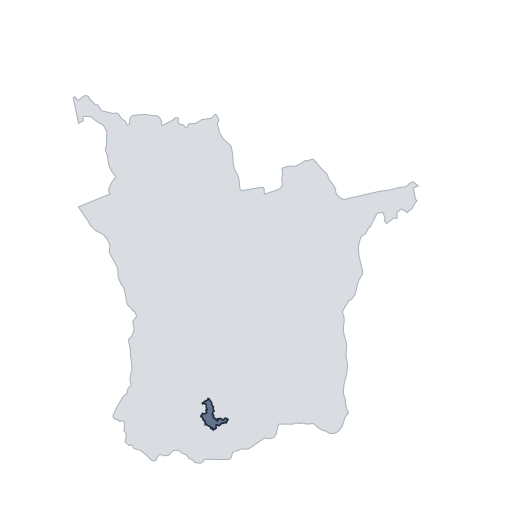 location of Bambesa, Orientale, Democratic Republic of the Congo, rotated 168°
{"feature_id": "63176286B69142293994365", "entity_name": "Bambesa", "entity_type": "district", "adm_level": 2, "iso_a3": "COD", "parent_name": "Democratic Republic of the Congo", "parent_adm1": "Orientale", "projection": "robinson", "projection_center": [25.884, 2.972], "detail": "fine", "context": "in_parent", "style": "filled", "palette": "slate", "viewbox_px": 512, "rotation_deg": 168, "n_neighbors": 0, "source": "geoboundaries", "source_scale": "gbopen_adm2", "svg_char_len": 8292}
<svg xmlns="http://www.w3.org/2000/svg" viewBox="0 0 512 512"><g transform="rotate(168 256 256)"><path d="M419.6,341.0L385.9,347.0L386.6,349.2L386.3,351.5L385.4,353.2L382.0,357.9L376.9,362.3L376.8,363.3L379.4,368.2L381.0,374.8L380.6,386.4L381.2,389.6L381.1,392.1L379.4,394.8L376.0,408.8L378.2,415.6L384.9,422.0L388.7,426.7L395.3,428.4L396.3,428.1L396.8,424.2L402.0,422.7L401.9,447.7L401.5,449.1L400.5,449.5L399.3,448.7L398.9,446.3L397.5,445.2L391.1,448.3L389.5,448.3L387.8,447.7L386.5,446.4L386.1,444.5L381.6,437.3L379.4,436.7L376.9,430.2L366.9,425.4L363.0,425.0L361.0,423.5L359.1,418.4L355.7,415.0L355.0,411.4L354.3,410.8L352.2,411.6L350.5,417.4L348.2,418.8L344.1,418.9L333.8,417.2L326.4,414.2L324.5,414.4L321.5,411.7L320.3,407.2L321.0,403.8L320.4,403.3L309.2,406.2L306.5,407.9L303.9,407.5L303.2,406.5L304.3,404.1L303.7,401.6L302.9,400.4L299.6,399.4L298.5,396.6L296.5,396.2L295.8,396.6L295.3,398.5L294.1,399.2L287.4,398.2L280.4,400.7L271.0,400.0L266.6,403.0L265.9,402.9L265.0,401.4L264.1,396.7L264.5,395.4L265.9,394.4L266.4,392.5L265.9,387.6L266.3,386.4L265.8,383.6L264.4,379.1L262.4,375.4L258.2,369.9L257.4,367.3L257.7,361.1L259.0,351.3L258.8,344.1L257.1,339.3L256.7,334.2L257.8,325.1L256.7,322.9L235.4,322.1L234.5,321.4L234.1,320.2L235.0,314.7L222.1,316.1L218.2,317.2L215.7,319.4L215.0,322.2L214.9,326.1L213.0,329.9L212.4,336.3L208.8,337.0L205.2,337.0L198.3,335.7L191.6,337.5L188.2,339.2L186.5,338.4L180.5,339.1L179.7,338.6L172.7,325.9L169.6,321.7L169.0,319.6L169.2,317.7L168.4,315.0L165.1,308.5L164.5,305.5L164.6,300.8L164.2,299.2L161.3,295.1L159.4,293.7L157.3,293.0L122.4,293.6L110.9,292.8L102.5,293.3L98.2,293.0L97.0,292.4L93.2,293.3L91.2,295.0L88.2,295.9L86.3,295.5L82.7,290.8L87.6,290.0L87.9,289.5L88.2,278.2L86.9,276.6L89.5,274.7L93.7,269.7L97.9,268.0L98.4,267.0L99.3,267.0L100.8,269.1L104.4,271.8L108.8,269.4L109.3,268.7L109.9,263.9L111.0,263.5L112.9,264.5L113.9,264.5L115.9,263.1L121.5,260.7L123.2,263.8L121.7,266.6L122.4,268.6L122.5,271.7L123.4,272.4L127.9,272.7L129.2,272.0L138.1,260.9L140.4,259.6L144.1,255.2L149.1,253.2L151.2,249.7L154.0,243.5L155.3,234.5L154.8,219.1L155.2,217.0L161.1,210.0L167.3,197.3L171.4,194.0L174.5,192.7L179.3,188.0L183.1,183.4L182.6,177.8L183.5,173.1L185.6,167.2L186.3,161.0L185.6,154.4L185.9,149.0L188.7,140.4L189.0,130.5L191.6,122.3L196.7,111.8L199.1,103.9L198.6,96.2L199.3,90.5L199.0,87.2L198.1,84.3L198.6,82.4L200.5,81.7L202.9,78.8L207.2,71.2L211.9,67.5L215.1,66.3L218.5,66.5L220.7,67.1L224.2,70.1L228.3,72.5L231.3,75.4L234.3,80.0L241.6,81.1L244.6,82.7L246.5,83.4L247.2,82.9L248.7,83.2L252.1,84.5L254.9,83.8L268.2,86.8L269.7,85.3L273.5,77.4L276.3,74.7L280.9,74.4L284.4,75.9L286.3,75.9L302.8,69.1L304.9,68.8L310.9,70.4L314.7,69.3L316.3,69.6L319.7,68.5L322.4,63.7L324.7,62.5L348.3,67.7L351.9,65.2L353.6,64.9L358.8,66.7L360.4,69.6L363.6,72.1L365.8,76.3L369.3,78.6L371.1,80.8L373.2,82.4L377.5,82.9L382.9,79.2L386.8,79.5L390.6,81.6L392.0,81.5L394.9,79.3L396.4,77.0L397.9,76.5L400.2,77.5L402.1,79.7L403.7,82.8L409.6,90.0L415.3,93.0L416.8,97.3L418.8,96.9L419.9,97.3L421.4,100.1L422.4,100.6L422.6,101.8L421.2,104.4L419.8,109.3L421.6,112.4L420.1,116.8L419.4,121.4L421.2,122.6L423.6,122.5L425.8,124.9L427.5,125.3L429.3,127.8L428.9,129.9L423.3,137.4L414.9,146.5L412.0,147.6L410.5,149.3L409.5,152.0L407.0,154.3L405.1,155.2L405.0,161.8L402.1,168.6L401.0,170.0L399.5,181.2L399.8,183.1L398.2,192.2L398.4,200.7L394.3,203.4L391.5,207.5L390.3,210.4L390.3,217.3L385.7,221.6L385.3,222.5L386.5,227.4L388.2,228.2L388.2,229.8L392.0,235.0L391.8,251.1L392.0,252.7L393.9,256.5L395.2,263.8L393.8,273.1L398.9,290.1L396.6,296.3L397.7,302.2L400.7,308.5L407.9,314.6L409.8,317.2L411.7,320.6L413.3,325.9L419.6,341.0Z" fill="#d9dde1" stroke="#a8b0b8" stroke-width="1"/><path d="M319.8,98.9L319.5,99.4L319.4,99.5L319.1,100.0L318.9,100.1L318.7,100.4L318.5,100.5L318.4,100.6L318.3,100.8L318.4,101.0L318.1,101.2L318.1,101.3L318.1,101.5L317.8,101.6L317.5,101.5L317.3,101.6L317.4,102.0L317.5,102.2L317.6,102.4L317.9,102.6L318.3,102.8L318.6,103.3L318.8,103.4L319.0,103.1L319.3,103.3L319.6,103.6L319.7,103.4L319.8,103.3L320.1,103.4L320.3,103.6L320.6,103.6L321.1,103.2L321.3,102.8L321.4,102.6L321.8,102.5L322.1,102.5L322.4,102.6L322.6,102.4L322.7,102.6L322.8,102.8L324.0,104.2L324.1,104.3L324.2,104.1L324.4,104.1L324.5,104.1L325.0,104.5L325.6,104.7L325.8,104.6L325.9,104.8L325.9,104.7L326.3,104.7L326.5,104.7L326.6,104.3L326.7,104.5L327.1,104.5L327.1,104.8L327.6,104.9L327.8,104.8L327.9,104.6L327.7,104.3L327.6,104.2L327.8,104.0L327.8,103.9L327.8,103.7L327.7,103.5L327.8,103.5L327.9,103.4L328.0,103.4L328.0,103.1L328.1,102.9L328.2,103.1L328.4,103.1L328.6,103.6L328.8,103.6L328.7,103.8L328.7,104.1L329.0,104.3L329.4,104.5L329.5,104.9L329.8,105.1L330.0,105.5L330.4,105.8L330.5,105.8L330.5,106.0L330.5,106.3L330.6,106.5L330.4,106.4L330.3,106.6L330.7,106.8L330.8,107.0L331.0,107.3L331.3,107.5L331.2,107.6L330.9,107.7L330.9,108.2L330.7,108.6L330.7,108.8L330.5,109.0L330.6,109.3L330.7,109.5L330.8,109.7L331.0,109.8L331.3,110.0L331.5,110.1L331.8,110.1L331.9,110.3L331.7,110.4L331.6,110.5L331.6,110.4L331.4,110.4L331.3,110.5L331.5,110.8L331.4,111.1L330.9,111.7L330.7,111.9L330.6,112.1L330.4,112.3L330.1,112.5L329.5,112.6L329.4,113.1L329.1,113.4L329.3,113.8L329.8,114.6L329.8,114.8L329.7,115.7L329.4,116.3L329.4,116.8L329.3,117.2L329.0,117.4L329.1,117.6L329.3,117.8L329.4,118.1L329.6,118.5L329.8,118.9L330.2,120.0L330.2,120.3L330.0,120.6L329.9,120.9L329.9,121.7L330.0,122.2L330.2,122.7L330.4,123.0L331.0,124.3L331.1,124.7L331.3,125.3L331.4,125.6L331.8,126.3L332.1,126.4L332.6,126.6L332.7,126.3L332.8,126.2L332.9,125.9L333.1,125.3L333.5,125.1L333.8,125.1L334.0,125.0L334.3,124.9L334.6,125.0L334.9,125.1L335.2,125.0L335.4,124.9L335.4,124.7L335.6,124.4L335.8,124.3L336.0,124.1L336.3,124.0L336.8,124.4L336.9,124.2L337.3,123.8L337.8,123.7L338.0,123.6L338.3,123.3L339.1,123.3L338.9,122.4L338.3,122.7L337.2,122.2L336.7,122.0L335.6,121.1L335.6,120.4L335.7,120.1L336.0,119.3L336.0,118.8L336.0,118.2L336.1,117.4L336.0,116.9L335.9,116.7L335.8,116.3L335.7,116.2L335.6,115.9L335.8,115.8L336.2,116.0L336.3,116.0L336.4,115.9L336.6,115.8L336.8,115.8L337.0,115.8L337.1,115.7L336.9,114.5L337.0,114.2L337.0,113.8L337.0,113.5L336.9,113.1L337.1,113.1L337.4,112.9L337.7,112.8L337.8,112.5L338.1,112.4L338.4,112.5L338.6,112.5L338.9,112.4L339.1,112.4L339.6,112.6L339.8,112.7L340.5,112.7L340.9,113.1L341.1,113.2L341.2,112.9L341.4,112.6L341.5,112.5L342.2,112.1L342.4,111.9L342.2,111.1L342.3,110.9L343.0,111.0L343.2,110.9L343.4,110.8L343.4,110.6L343.3,110.4L343.2,110.3L343.1,110.2L342.9,110.1L342.7,110.1L342.4,110.2L342.4,109.8L342.2,109.6L342.2,109.4L342.1,109.2L342.1,108.9L342.1,108.7L341.8,108.5L341.8,108.4L341.6,108.3L341.5,107.9L341.6,107.7L341.5,107.4L341.7,107.2L341.6,106.9L341.7,106.6L341.8,106.5L341.7,106.4L341.3,106.1L341.1,105.9L340.9,105.9L340.5,105.4L340.4,105.3L340.2,105.3L340.2,105.2L340.3,104.8L340.5,104.4L340.4,104.4L340.5,104.1L340.6,103.9L340.6,103.7L340.6,103.3L340.5,103.1L340.4,103.0L340.4,102.8L340.3,102.7L340.2,102.7L339.9,102.5L340.0,102.1L340.3,101.9L340.5,101.7L340.4,101.7L340.2,101.5L339.9,101.5L339.8,101.4L339.5,101.3L339.3,101.4L339.2,101.3L339.1,100.9L338.9,100.6L338.5,100.3L338.3,100.0L338.1,99.9L337.8,99.7L337.7,99.7L337.4,99.7L337.2,99.5L337.3,99.3L337.2,99.2L336.8,98.9L336.7,98.9L336.6,99.0L336.4,98.9L336.3,98.7L336.1,98.6L336.0,98.4L336.1,98.2L336.0,97.9L336.1,97.6L336.0,97.3L335.8,96.9L335.9,96.7L335.5,96.6L335.5,96.4L335.3,96.3L335.0,96.2L334.8,96.0L334.8,95.8L334.7,95.5L334.5,95.3L334.3,95.4L334.0,95.0L333.7,95.0L333.7,94.9L333.6,95.0L333.4,95.2L333.2,95.2L333.1,95.3L332.9,95.2L332.7,95.3L332.4,95.4L332.3,95.6L332.1,95.7L331.7,95.4L331.5,95.7L331.2,95.6L331.0,95.8L330.8,95.8L330.7,95.9L330.6,96.1L330.7,96.3L330.6,96.5L330.6,96.9L330.5,97.1L330.6,97.6L330.5,98.2L330.4,98.8L330.3,99.1L329.9,99.3L329.5,99.3L329.4,99.1L329.3,98.9L329.0,98.8L329.0,98.6L328.9,98.5L328.7,98.4L328.1,98.1L328.1,97.8L328.0,97.7L327.9,97.7L327.7,97.9L326.8,97.8L326.3,98.1L326.1,98.2L325.8,98.6L325.7,98.8L325.2,99.0L324.9,98.9L324.6,99.2L324.3,99.8L323.9,99.7L323.4,99.6L323.2,99.3L322.9,99.2L322.6,99.0L322.4,99.1L321.9,99.3L321.5,99.4L321.2,99.4L321.1,99.5L320.9,99.8L320.7,99.8L320.5,99.4L320.4,99.2L320.1,99.1L319.8,98.9ZM334.4,97.1L334.3,96.7L334.6,96.4L334.9,96.4L335.0,96.6L335.1,96.9L335.0,97.0L334.8,97.2L334.4,97.1Z" fill="#64748b" stroke="#1e293b" stroke-width="1.5"/></g></svg>